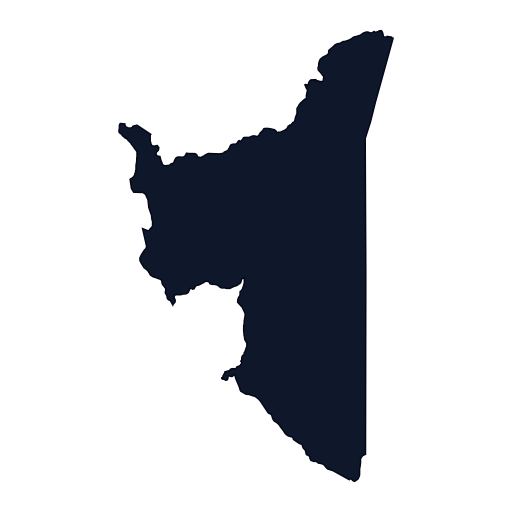 Tarrazu, San José, Costa Rica (Robinson projection)
{"feature_id": "36466004B83189782085425", "entity_name": "Tarrazu", "entity_type": "district", "adm_level": 2, "iso_a3": "CRI", "parent_name": "Costa Rica", "parent_adm1": "San José", "projection": "robinson", "projection_center": [-84.074, 9.584], "detail": "fine", "context": "isolated", "style": "filled", "palette": "ink", "viewbox_px": 512, "rotation_deg": 0, "n_neighbors": 0, "source": "geoboundaries", "source_scale": "gbopen_adm2", "svg_char_len": 6042}
<svg xmlns="http://www.w3.org/2000/svg" viewBox="0 0 512 512"><path d="M365.5,454.3L365.8,274.1L365.2,138.4L370.5,121.8L375.5,101.8L393.1,38.2L391.6,37.6L391.5,37.1L387.1,36.4L386.7,36.8L385.7,37.1L383.8,37.0L383.1,35.8L383.1,34.4L382.6,32.8L382.0,31.4L381.3,30.7L379.7,30.7L378.0,31.6L375.4,32.4L374.0,31.5L372.5,32.6L370.7,33.0L368.9,32.5L368.0,32.0L366.4,32.0L363.6,32.9L360.2,35.3L357.0,36.2L356.4,36.5L354.5,36.8L353.2,37.4L351.5,38.7L349.2,40.0L345.1,41.4L343.0,41.6L340.1,43.3L337.2,43.8L335.1,44.8L333.1,46.8L329.3,49.9L328.7,50.8L328.7,52.7L328.1,54.2L326.4,55.4L323.2,56.9L320.8,58.8L320.2,59.4L319.2,61.7L318.7,63.9L318.7,65.7L318.1,67.6L318.1,69.3L318.5,70.3L320.4,72.3L323.7,76.6L323.7,78.0L323.4,78.8L323.4,79.9L322.9,81.6L319.7,81.5L318.0,80.8L317.0,80.9L316.2,81.3L316.0,81.0L315.9,79.7L310.9,79.9L309.5,81.2L308.6,83.0L308.0,85.6L306.9,84.8L305.7,84.5L305.0,84.7L305.1,85.5L305.8,86.3L305.8,87.0L307.7,90.8L307.0,92.2L306.6,94.6L306.4,95.1L306.4,98.8L305.7,98.8L304.7,99.3L302.8,100.9L301.3,102.5L301.0,102.5L299.2,104.7L298.5,106.1L297.6,107.4L297.0,108.6L297.0,113.7L295.6,117.1L294.8,120.7L294.1,122.0L293.4,122.5L292.8,122.5L291.2,124.7L290.3,125.1L289.7,125.1L289.6,125.4L288.2,126.2L287.0,128.6L286.2,129.3L285.4,129.7L284.9,130.2L280.3,132.2L278.4,132.2L277.5,132.8L277.2,132.8L275.8,130.8L274.4,129.7L270.0,128.7L267.1,128.4L265.1,128.4L263.6,128.9L262.8,130.6L262.3,130.9L261.8,131.7L261.5,131.7L260.2,133.0L258.7,135.7L258.4,135.7L257.9,136.4L256.3,136.4L254.5,135.9L253.2,135.9L251.1,136.5L249.3,137.4L245.1,137.4L243.5,137.7L242.7,139.2L241.7,140.2L241.1,141.4L240.1,141.2L239.7,140.7L239.1,140.7L238.5,141.0L236.9,143.3L235.9,144.1L233.0,144.2L231.2,144.7L230.6,145.3L230.4,146.0L230.1,146.1L229.5,147.8L228.7,148.9L228.1,150.2L227.0,150.9L224.9,151.8L224.5,152.2L224.2,152.2L223.7,153.0L222.9,153.3L219.7,153.9L208.4,153.5L205.4,154.8L205.0,155.3L204.7,155.4L203.5,156.3L202.3,156.6L201.4,157.6L197.6,157.0L196.8,154.9L196.1,154.2L194.8,153.6L188.2,153.5L186.5,153.2L185.3,155.6L184.7,156.3L183.2,157.2L178.2,157.0L176.9,157.4L176.3,157.7L175.1,159.4L174.4,160.9L174.1,162.0L173.1,163.4L171.6,163.6L170.8,164.0L169.8,165.1L168.9,165.4L164.6,165.8L162.4,164.6L162.0,163.0L161.0,160.7L159.9,156.5L157.2,156.0L156.2,154.6L156.0,153.0L156.9,151.6L158.2,150.4L158.8,148.1L158.7,147.4L157.2,145.5L154.6,146.1L152.1,145.9L150.9,144.0L150.8,142.7L150.2,141.4L150.2,134.8L150.7,134.3L137.0,125.2L133.0,126.2L132.5,127.1L131.7,127.7L130.6,128.1L128.7,128.1L126.1,127.0L125.2,126.0L124.8,123.9L120.4,123.5L119.9,124.0L119.4,125.3L119.4,128.8L119.1,129.2L119.1,130.4L118.9,130.7L118.9,131.2L119.4,132.7L121.5,134.2L122.4,135.5L122.9,136.1L123.4,136.1L124.3,137.3L124.7,137.4L125.2,138.1L126.2,138.3L127.0,139.0L129.1,141.4L129.9,141.9L130.1,142.4L130.6,142.7L131.4,144.1L133.3,146.5L134.8,148.8L136.2,150.5L137.0,151.8L137.0,157.0L136.8,157.5L136.7,161.5L136.0,165.3L136.0,169.9L135.7,170.3L135.5,172.5L135.0,173.4L134.7,175.0L133.4,177.1L133.1,177.4L132.6,177.5L132.4,177.9L130.4,179.0L130.1,179.4L131.5,188.6L133.7,192.2L143.1,192.5L145.5,194.3L148.0,199.8L148.8,207.4L150.9,213.6L151.4,214.6L152.0,219.7L152.6,221.5L152.5,226.1L151.7,227.4L150.3,228.7L149.3,230.3L148.0,230.8L142.6,228.6L146.7,246.8L145.7,248.9L144.5,250.0L143.0,252.3L141.4,254.8L140.7,256.3L140.7,256.7L140.2,257.2L139.9,258.2L140.0,260.7L141.6,263.7L144.1,267.7L146.7,269.6L148.2,271.2L150.5,275.1L153.0,276.7L157.3,278.1L159.0,278.9L160.0,279.0L160.8,279.4L161.2,280.0L161.8,280.9L162.2,283.7L163.2,285.4L164.1,286.3L164.9,287.5L165.2,287.6L165.3,287.9L165.7,288.3L165.7,290.8L165.4,291.7L165.4,293.1L167.0,295.7L167.2,297.7L167.6,298.9L169.2,300.2L170.1,300.0L172.8,305.0L173.0,304.4L174.8,302.4L175.1,301.7L175.2,300.0L174.6,298.8L174.3,298.7L174.1,297.7L174.2,296.3L174.8,295.3L175.6,294.7L180.8,294.7L182.9,294.0L185.5,293.9L186.4,293.6L187.8,292.8L188.3,292.2L189.7,289.1L190.4,288.3L191.6,288.4L192.6,289.2L194.1,288.7L195.5,286.1L197.1,285.2L198.4,285.1L199.3,284.8L204.2,282.2L205.4,281.3L208.3,281.4L209.6,282.7L209.9,283.7L210.2,283.8L212.7,284.4L214.9,284.4L217.0,284.9L218.7,286.0L220.2,287.3L221.6,287.9L224.9,287.9L226.4,288.4L230.0,288.4L232.1,287.2L233.3,286.8L234.0,286.3L236.5,285.7L239.9,283.4L240.7,282.6L241.4,279.8L242.0,278.7L243.8,278.0L244.3,278.1L244.3,282.9L243.6,285.6L242.5,288.9L241.7,290.1L241.7,290.4L240.4,291.3L240.1,291.8L240.0,295.4L239.8,295.6L238.4,297.8L237.8,299.8L237.6,301.9L237.8,302.4L242.2,307.2L245.1,313.4L245.1,316.3L244.7,318.0L244.4,320.2L244.2,320.8L244.2,323.8L243.7,325.4L243.7,331.7L244.0,332.9L244.0,335.1L244.5,336.8L244.7,339.3L246.9,343.2L246.9,346.5L246.4,347.4L244.9,351.8L244.2,352.8L244.2,354.4L242.8,355.5L242.1,356.5L241.8,357.5L241.7,359.8L240.8,361.3L241.9,362.1L242.0,362.5L240.4,365.3L238.9,366.3L238.1,366.4L237.1,366.7L235.9,368.7L232.5,368.7L231.3,368.9L230.3,369.4L230.0,370.2L229.3,370.7L225.0,371.8L224.7,373.0L223.0,376.0L222.9,377.2L221.7,377.9L221.8,378.5L222.5,379.2L224.2,379.2L225.5,380.2L226.7,380.1L227.3,379.8L227.6,379.1L227.9,378.2L227.9,377.1L228.2,376.0L229.5,376.0L231.1,376.5L232.3,376.4L234.2,374.6L234.7,374.5L235.9,378.9L238.7,385.4L239.5,387.5L240.2,390.1L240.8,391.2L246.0,394.2L249.0,394.4L252.5,395.7L254.5,396.1L255.4,396.6L258.3,398.8L260.4,401.1L267.7,412.1L268.6,413.2L271.0,414.2L271.3,414.6L271.9,415.8L272.7,418.5L273.5,420.1L274.2,420.9L277.2,422.9L279.1,424.7L280.8,427.3L282.9,429.9L284.8,432.9L286.3,434.6L288.4,436.0L292.5,437.1L293.0,437.8L293.4,439.2L293.9,439.8L299.4,443.5L301.9,444.3L302.2,445.0L303.1,447.8L305.4,450.4L306.3,454.3L306.9,454.8L308.8,455.6L309.2,456.1L309.7,456.8L309.9,458.1L310.5,459.6L311.0,460.4L313.9,461.4L316.0,461.4L316.7,461.7L317.9,462.7L318.7,463.2L320.2,463.3L323.2,464.2L324.0,464.7L325.8,467.1L327.7,469.0L332.9,470.6L349.3,479.7L349.9,479.0L351.1,478.8L352.8,480.5L354.2,481.3L354.7,481.3L356.2,480.3L357.7,479.2L358.3,478.4L359.4,475.7L359.6,474.3L359.6,468.8L360.0,466.9L360.5,463.0L360.5,459.0L361.1,457.7L362.5,455.8L363.2,455.3L365.5,454.3Z" fill="#0f172a" stroke="#020617" stroke-width="1.5"/></svg>